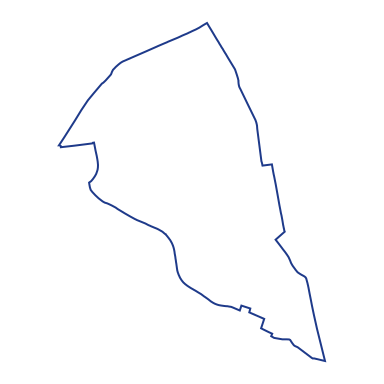 the district of Madinat Nasr-2, Al Qahirah, Egypt
{"feature_id": "37247803B60267904610722", "entity_name": "Madinat Nasr-2", "entity_type": "district", "adm_level": 2, "iso_a3": "EGY", "parent_name": "Egypt", "parent_adm1": "Al Qahirah", "projection": "natural_earth1", "projection_center": [31.315, 30.048], "detail": "fine", "context": "isolated", "style": "outline", "palette": "blue", "viewbox_px": 384, "rotation_deg": 0, "n_neighbors": 0, "source": "geoboundaries", "source_scale": "gbopen_adm2", "svg_char_len": 5905}
<svg xmlns="http://www.w3.org/2000/svg" viewBox="0 0 384 384"><path d="M325.0,361.0L317.0,328.8L313.9,314.9L313.0,310.6L311.9,305.3L311.0,300.6L309.6,293.6L308.6,288.3L308.5,287.7L308.2,286.4L308.1,285.8L308.0,285.2L307.8,284.7L307.7,284.2L307.6,283.6L307.3,282.5L306.7,280.3L306.4,279.2L306.3,278.8L306.2,278.6L306.2,278.4L306.0,278.1L305.9,277.9L305.7,277.7L305.6,277.4L305.4,277.2L305.1,277.0L304.9,276.8L304.4,276.4L304.0,276.2L303.7,276.0L303.4,275.8L303.1,275.7L302.8,275.5L302.6,275.4L302.3,275.2L301.6,274.9L301.3,274.7L301.0,274.5L300.5,274.2L300.0,273.9L299.5,273.6L299.1,273.3L298.8,273.1L298.5,272.9L298.2,272.7L297.9,272.5L297.6,272.2L297.2,271.8L296.9,271.5L296.7,271.2L296.5,270.9L296.2,270.6L296.0,270.3L295.7,270.0L295.4,269.6L295.1,269.1L294.8,268.7L294.5,268.3L293.1,266.4L292.8,266.0L292.4,265.3L292.1,264.9L291.8,264.3L291.2,263.3L290.9,262.6L290.1,260.5L289.2,258.5L288.5,257.0L287.9,256.1L287.3,255.2L287.0,254.7L286.7,254.4L286.5,254.0L286.2,253.6L285.2,252.2L284.1,250.8L283.0,249.4L281.9,247.9L279.1,244.2L275.6,239.7L282.5,233.6L284.7,231.7L284.5,231.2L284.4,230.8L284.3,230.5L284.2,230.1L284.1,229.7L284.1,229.3L284.0,228.8L283.8,228.3L283.7,227.5L283.5,226.8L283.4,226.0L283.2,225.3L282.4,220.4L281.5,215.5L281.2,214.3L280.9,213.0L280.2,209.2L279.4,205.1L277.8,196.0L275.7,184.3L274.1,176.2L273.7,174.5L273.1,171.3L271.9,164.4L262.5,165.6L262.4,165.2L262.3,164.8L262.3,164.4L262.2,164.0L262.1,163.6L262.0,163.2L261.9,162.8L261.8,162.4L261.7,162.0L261.5,161.6L261.4,161.1L257.3,129.3L257.2,128.3L257.1,126.9L257.0,125.5L256.9,125.2L256.8,124.8L256.8,124.4L256.7,124.1L256.6,123.7L256.5,123.4L256.4,123.0L256.3,122.4L256.1,122.0L256.0,121.6L255.8,121.1L255.7,120.7L255.5,120.3L255.4,119.9L255.2,119.5L255.0,119.1L254.7,118.5L248.2,105.2L240.4,89.1L240.2,88.7L240.0,88.3L239.8,88.0L239.6,87.6L239.4,87.2L239.3,86.7L239.1,86.3L239.0,85.9L238.9,85.6L238.9,85.2L238.8,84.8L238.7,84.4L238.6,83.9L238.6,83.7L238.4,81.4L238.5,81.1L238.5,80.8L238.4,80.5L238.3,80.2L238.2,79.5L238.1,79.1L238.0,78.7L237.9,78.3L237.8,77.9L237.7,77.6L237.3,76.3L236.9,75.0L236.5,73.8L236.1,72.6L235.7,71.4L235.3,70.2L235.1,69.7L234.9,69.2L234.6,68.7L234.4,68.4L234.2,68.0L234.0,67.7L232.6,65.4L231.2,63.1L229.8,60.8L228.1,58.0L226.7,55.6L225.6,53.7L225.4,53.5L224.7,52.3L224.0,51.2L223.3,50.0L222.7,48.9L222.0,47.9L221.3,46.8L220.7,45.7L219.6,44.0L218.6,42.2L217.2,40.0L215.8,37.7L212.9,32.8L210.8,29.3L208.9,26.2L207.0,23.0L206.3,23.4L204.9,24.2L202.7,25.5L199.4,27.6L196.0,29.4L192.0,31.2L190.0,32.2L188.6,32.8L187.7,33.3L186.3,33.9L184.8,34.5L182.0,35.7L180.8,36.3L179.5,36.9L178.2,37.5L176.8,38.1L175.1,38.8L173.4,39.5L169.8,41.0L168.3,41.6L166.9,42.3L164.0,43.5L157.7,46.2L157.3,46.4L146.0,51.4L133.8,56.7L122.8,61.5L121.6,62.2L120.5,62.9L118.5,64.5L115.8,66.9L114.3,68.5L113.0,69.8L112.4,71.0L111.9,72.0L111.7,72.6L111.4,73.4L111.0,74.4L109.8,75.8L105.6,80.5L103.3,82.7L101.9,83.6L93.6,93.4L87.9,100.3L81.4,110.0L74.9,120.6L67.0,133.0L64.2,137.4L59.0,145.3L59.4,145.3L60.9,146.2L60.9,147.2L74.2,145.7L92.4,143.4L92.8,142.8L94.0,142.6L94.4,144.6L95.1,148.2L95.5,150.4L96.7,155.8L97.3,159.1L97.7,161.7L98.0,165.0L97.9,167.5L97.6,169.6L97.2,171.0L96.2,173.9L94.9,176.2L93.1,178.8L91.2,181.1L89.1,182.6L89.4,184.6L89.9,187.3L90.7,189.9L92.4,192.1L95.4,195.3L98.6,198.3L102.6,201.4L104.7,202.6L107.3,203.4L109.3,204.3L111.8,205.5L115.7,207.6L117.6,209.0L124.7,213.3L129.9,216.3L135.0,219.1L135.9,219.5L136.8,220.0L141.0,221.7L145.4,223.5L148.4,225.1L149.9,225.7L151.1,226.3L152.6,226.9L154.0,227.5L155.5,228.1L157.0,228.7L157.3,228.9L157.8,229.1L158.0,229.2L158.6,229.5L159.1,229.8L160.0,230.3L160.8,230.8L161.3,231.0L161.6,231.2L161.9,231.4L162.2,231.6L162.5,231.8L162.8,232.0L163.1,232.3L163.3,232.5L163.5,232.6L164.0,233.1L164.5,233.5L165.1,234.0L165.7,234.2L165.8,234.6L166.0,234.8L166.2,235.0L166.4,235.2L166.5,235.4L166.7,235.6L167.0,236.0L167.4,236.4L167.8,237.0L168.2,237.5L168.7,238.1L169.0,238.5L169.2,238.8L169.6,239.4L169.9,239.7L170.1,240.0L170.3,240.3L170.5,240.7L170.8,241.2L171.1,241.6L171.3,242.2L171.6,242.6L172.0,243.4L172.2,243.9L172.4,244.3L172.7,245.0L172.8,245.4L173.0,245.7L173.1,246.1L173.3,246.8L173.5,247.2L173.6,247.7L173.7,248.1L173.9,248.8L174.0,249.2L174.1,249.7L174.2,250.2L174.5,251.8L174.7,253.5L175.0,255.1L175.3,256.8L175.5,258.5L175.8,260.2L176.0,261.9L176.3,263.6L176.5,265.1L176.7,266.5L176.9,268.0L177.1,269.4L177.2,269.8L177.2,270.1L177.3,270.4L177.3,270.7L177.4,271.0L177.5,271.3L177.6,271.5L177.6,271.8L177.9,272.7L178.1,273.2L178.3,273.7L178.4,274.1L178.8,275.1L179.1,275.6L179.3,276.2L179.6,276.7L179.7,277.1L179.9,277.5L180.1,277.8L180.3,278.2L180.8,279.0L181.1,279.4L181.4,279.9L181.7,280.4L182.0,280.8L182.3,281.1L182.6,281.5L183.0,282.0L183.3,282.4L183.6,282.7L183.9,282.9L184.1,283.1L184.3,283.3L184.5,283.5L185.4,284.3L186.1,284.8L186.7,285.3L187.4,285.8L188.7,286.7L189.4,287.1L190.1,287.6L191.4,288.4L192.7,289.1L194.0,289.9L195.3,290.6L198.2,292.4L201.2,294.2L202.0,294.8L204.5,296.7L205.2,297.1L205.9,297.6L206.5,298.1L207.2,298.5L207.8,299.0L208.4,299.4L208.9,299.8L209.7,300.5L210.6,301.1L211.0,301.5L211.4,301.8L211.9,302.0L212.3,302.3L212.7,302.6L213.2,302.8L213.5,303.0L213.8,303.2L214.1,303.3L214.4,303.5L214.7,303.6L215.0,303.8L215.8,304.1L216.3,304.3L216.8,304.5L217.2,304.6L217.5,304.7L218.0,304.9L218.5,305.0L218.8,305.1L219.3,305.2L219.8,305.3L220.4,305.4L220.9,305.5L221.6,305.6L223.0,305.8L223.7,305.9L225.3,306.1L226.6,306.2L227.2,306.2L227.8,306.3L228.3,306.4L228.9,306.5L229.4,306.6L230.2,306.7L231.3,306.9L231.5,307.0L231.8,307.1L232.0,307.2L232.3,307.3L232.5,307.4L232.8,307.5L239.8,310.5L241.4,305.6L250.3,308.5L249.3,312.4L264.2,318.9L261.1,328.3L263.6,329.6L268.7,332.1L272.2,333.7L271.2,336.2L274.1,337.9L282.2,339.3L285.7,339.3L288.2,339.4L289.3,339.5L290.2,340.0L292.0,342.8L293.9,345.3L295.1,346.1L297.6,347.2L311.9,358.0L312.9,358.5L313.8,358.4L314.5,358.5L325.0,361.0Z" fill="none" stroke="#1e3a8a" stroke-width="2"/></svg>